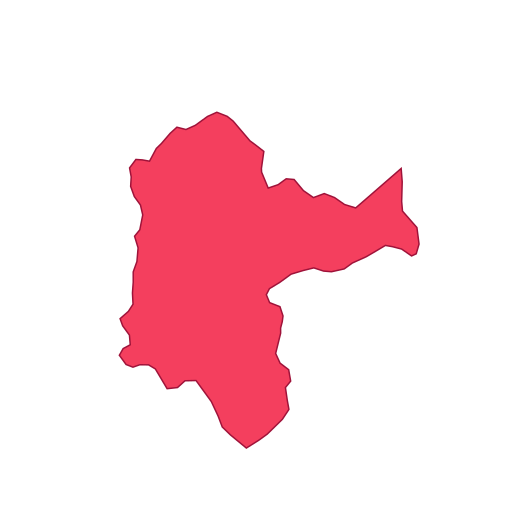 the district of Eumseong-gun, North Chungcheong, South Korea, rotated 54°
{"feature_id": "91817680B44245642839981", "entity_name": "Eumseong-gun", "entity_type": "district", "adm_level": 2, "iso_a3": "KOR", "parent_name": "South Korea", "parent_adm1": "North Chungcheong", "projection": "robinson", "projection_center": [127.624, 36.987], "detail": "fine", "context": "isolated", "style": "filled", "palette": "rose", "viewbox_px": 512, "rotation_deg": 54, "n_neighbors": 0, "source": "geoboundaries", "source_scale": "gbopen_adm2", "svg_char_len": 1439}
<svg xmlns="http://www.w3.org/2000/svg" viewBox="0 0 512 512"><g transform="rotate(54 256 256)"><path d="M270.5,87.1L274.7,135.1L275.7,147.1L266.4,154.1L254.9,158.1L245.6,164.1L242.5,175.2L231.0,179.2L216.5,180.2L211.3,186.2L211.3,196.2L208.2,206.2L191.5,202.2L188.4,200.2L176.0,188.2L165.6,191.2L159.3,193.2L133.4,195.2L126.1,197.2L116.7,203.2L114.6,213.2L114.6,228.3L112.5,238.3L105.3,244.3L106.3,253.3L109.4,266.4L110.4,273.4L116.7,286.4L111.5,291.4L107.3,296.4L110.4,306.5L118.7,310.5L126.0,316.5L136.4,319.5L146.8,319.5L156.2,323.5L166.5,334.6L168.6,342.6L180.1,346.6L190.5,355.6L196.7,364.7L205.0,370.7L213.3,377.7L222.7,383.8L225.8,391.8L226.8,402.8L234.1,404.9L245.6,404.9L253.9,409.9L252.8,417.9L256.0,424.9L267.4,424.9L273.6,420.9L275.7,413.9L280.9,406.9L288.2,403.8L311.1,405.9L316.3,396.8L315.2,386.8L321.5,377.7L332.9,377.7L347.5,377.7L363.1,380.7L374.5,383.8L385.9,381.8L405.7,376.7L406.7,361.7L406.7,351.6L403.6,330.6L399.9,320.7L399.4,319.5L391.1,315.5L379.7,309.5L377.6,301.5L367.2,296.4L356.8,299.5L346.4,297.4L332.9,281.4L328.7,278.4L324.6,273.4L320.4,269.4L311.1,266.4L301.7,272.4L293.4,270.4L290.3,264.3L291.3,252.3L291.3,238.3L295.5,226.3L299.6,216.2L307.9,210.2L313.1,204.2L318.3,192.2L318.3,182.2L321.4,167.1L322.5,156.1L323.5,145.1L328.7,140.1L336.0,134.1L347.4,130.1L348.4,125.1L342.2,117.1L327.6,109.1L305.8,111.1L297.5,106.1L281.9,94.1L270.5,87.1Z" fill="#f43f5e" stroke="#9f1239" stroke-width="1.5"/></g></svg>